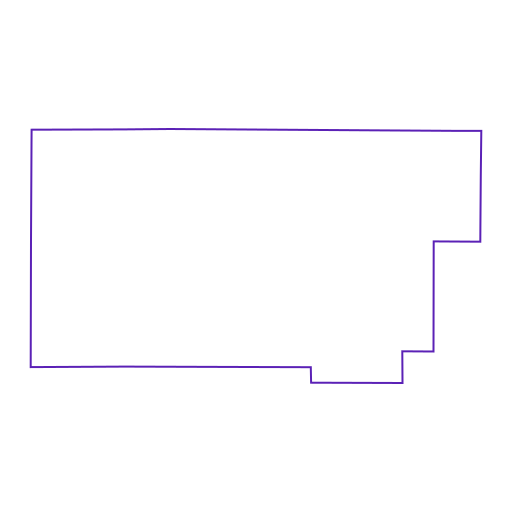 outline of Union, Mississippi, United States of America
{"feature_id": "52423323B35434026565604", "entity_name": "Union", "entity_type": "district", "adm_level": 2, "iso_a3": "USA", "parent_name": "United States of America", "parent_adm1": "Mississippi", "projection": "natural_earth1", "projection_center": [-88.946, 34.482], "detail": "fine", "context": "isolated", "style": "outline", "palette": "violet", "viewbox_px": 512, "rotation_deg": 0, "n_neighbors": 0, "source": "geoboundaries", "source_scale": "gbopen_adm2", "svg_char_len": 351}
<svg xmlns="http://www.w3.org/2000/svg" viewBox="0 0 512 512"><path d="M402.5,383.0L402.3,351.3L433.5,351.5L433.7,241.4L480.3,241.7L480.4,226.2L480.8,174.4L481.3,130.9L461.2,130.9L170.1,129.0L123.7,129.4L31.6,129.7L31.5,145.3L31.0,240.6L30.7,367.1L124.6,366.6L310.8,367.2L311.1,382.7L402.5,383.0Z" fill="none" stroke="#5b21b6" stroke-width="2"/></svg>